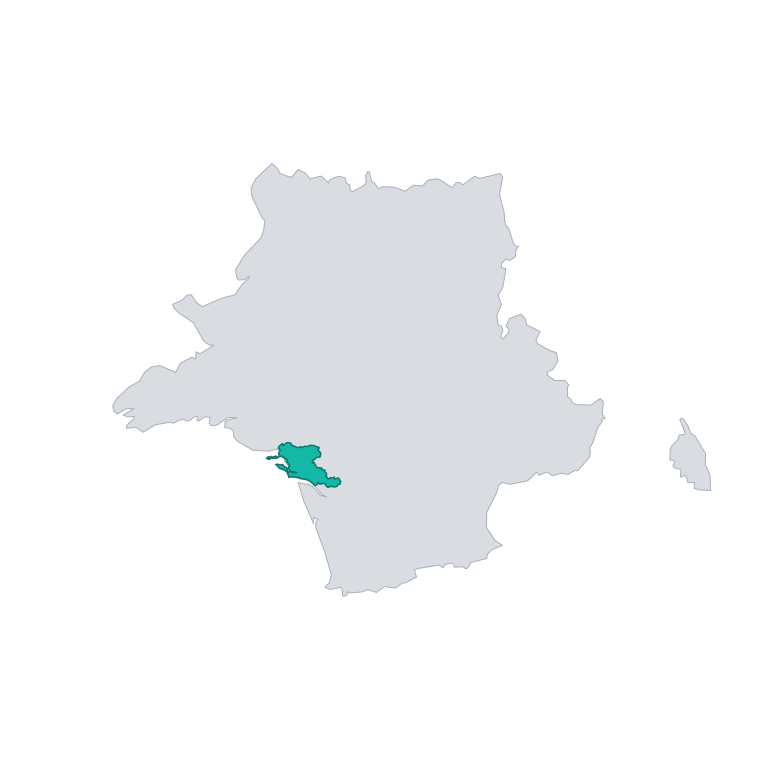 Charente-Maritime highlighted on a map of France, rotated 332°
{"feature_id": "FRA-5278", "entity_name": "Charente-Maritime", "entity_type": "Metropolitan department", "adm_level": 1, "iso_a3": "FRA", "parent_name": "France", "parent_adm1": "", "projection": "mercator", "projection_center": [-0.827, 45.732], "detail": "fine", "context": "in_parent", "style": "filled", "palette": "teal", "viewbox_px": 768, "rotation_deg": 332, "n_neighbors": 0, "source": "natural_earth", "source_scale": "10m", "svg_char_len": 7653}
<svg xmlns="http://www.w3.org/2000/svg" viewBox="0 0 768 768"><g transform="rotate(332 384 384)"><path d="M567.3,325.5L563.0,327.9L560.4,332.7L557.7,333.8L552.8,333.8L550.4,330.9L544.5,332.8L542.2,335.8L545.7,339.5L534.0,354.8L526.6,358.9L525.0,368.8L516.2,376.1L512.9,383.9L512.7,385.5L514.9,388.0L513.9,393.0L509.5,396.3L509.6,399.5L510.8,400.0L517.6,397.4L520.1,394.4L518.8,390.3L525.6,385.3L537.8,386.6L539.2,393.2L537.7,398.8L546.4,410.9L538.8,416.5L538.3,420.2L546.1,432.3L551.0,437.3L548.4,445.3L540.1,450.5L534.9,450.1L532.6,451.4L532.8,453.9L536.5,461.2L545.4,465.8L546.7,471.3L544.3,473.2L540.1,481.4L541.9,485.5L541.3,487.3L542.2,490.0L544.5,492.8L556.8,499.7L568.0,498.4L569.4,502.4L562.6,513.1L563.0,517.8L559.5,517.9L558.9,519.5L552.0,523.1L540.9,533.8L535.7,536.9L533.6,542.3L530.6,545.3L514.6,551.4L511.6,550.0L503.9,550.2L499.0,546.3L489.7,543.9L486.7,538.3L478.0,537.2L477.6,533.5L465.4,536.9L448.2,531.8L442.2,526.3L437.2,527.7L432.8,532.6L414.4,545.6L407.1,558.9L408.5,574.4L412.7,582.0L401.5,580.9L394.8,583.1L393.0,586.3L377.2,582.5L371.3,585.7L369.7,585.5L367.6,582.3L359.9,578.6L361.1,576.1L360.0,573.8L352.7,572.0L350.1,574.2L347.3,569.7L326.8,562.6L323.5,562.7L322.1,569.7L308.9,569.6L307.0,568.3L298.5,569.7L289.5,563.2L279.4,564.5L273.2,557.7L267.2,557.3L258.7,553.8L254.9,552.0L254.3,550.0L251.9,553.1L248.7,552.4L248.0,551.4L250.0,547.7L250.5,543.3L239.9,540.1L237.1,536.9L237.0,535.2L242.7,533.8L247.9,527.7L252.7,505.5L256.3,479.0L258.9,474.0L262.2,472.6L259.5,469.0L256.3,473.8L258.2,449.2L262.0,430.7L271.0,438.3L273.1,441.6L275.7,452.6L280.7,457.2L277.5,452.8L274.2,438.1L272.2,433.9L258.0,421.6L257.5,418.7L263.8,420.2L261.2,411.0L259.7,391.4L251.1,389.4L237.3,381.1L227.7,365.9L226.6,360.3L229.1,354.3L226.9,350.4L222.9,347.8L226.0,342.6L228.8,342.1L238.8,345.1L230.6,340.2L217.4,341.8L212.1,340.1L211.2,336.5L214.8,331.9L210.3,328.9L202.7,329.6L201.8,328.4L204.0,325.0L202.1,323.8L195.9,325.1L192.4,324.0L189.1,320.2L179.1,319.4L176.9,317.2L163.1,312.7L148.6,313.5L144.6,305.9L135.8,302.2L137.5,299.7L146.3,297.5L148.0,295.3L141.6,292.2L139.3,289.0L151.1,288.3L145.8,284.9L134.3,285.1L132.8,280.5L134.3,275.8L140.9,271.5L157.5,266.9L169.6,266.7L178.1,261.3L186.6,259.8L194.6,262.4L205.5,275.9L214.1,270.0L227.0,270.2L229.6,273.5L233.1,267.4L235.9,271.0L251.7,269.8L248.0,267.4L245.0,261.7L244.4,240.4L236.3,224.9L234.3,219.2L234.8,214.4L244.2,215.3L252.0,213.2L255.8,214.6L256.7,224.7L260.0,230.4L281.7,232.2L294.2,235.3L304.7,229.7L314.6,227.2L315.4,225.8L309.7,226.4L304.5,223.9L303.8,221.3L306.5,213.4L321.6,204.7L343.7,197.3L349.4,192.4L355.9,183.4L354.4,181.1L355.4,156.5L358.7,148.4L367.1,142.6L388.6,136.6L391.3,144.5L391.1,149.0L396.8,155.9L399.6,158.1L409.0,154.3L413.5,160.8L414.9,168.0L426.2,171.0L429.5,180.5L431.5,178.4L438.6,178.8L441.9,179.6L446.5,183.7L445.1,189.4L447.1,192.1L445.2,197.2L446.5,199.4L459.5,199.4L463.4,197.1L465.2,191.9L469.1,188.8L470.6,189.8L468.1,199.4L469.9,201.9L470.8,208.8L475.7,209.3L485.2,214.8L493.3,223.8L503.2,222.3L511.0,227.3L519.1,224.7L526.6,227.5L529.3,230.1L536.4,242.7L541.8,240.1L545.7,241.6L546.9,245.2L561.5,243.1L564.1,246.6L567.1,248.0L585.5,252.7L585.7,257.3L575.1,270.7L570.4,289.5L567.3,296.0L566.2,300.9L567.0,304.1L566.5,309.2L564.2,321.3L565.5,324.8L567.3,325.5ZM632.7,564.2L631.8,571.2L634.3,576.3L635.2,596.3L629.9,606.0L629.0,617.6L622.4,631.4L612.2,625.2L609.1,621.8L611.9,616.6L606.0,613.7L607.4,608.6L606.7,606.0L602.6,605.7L602.3,604.4L605.4,600.4L605.4,598.0L601.4,594.9L600.6,592.1L604.5,589.0L602.7,586.2L600.6,585.5L605.8,576.4L609.4,573.6L617.4,571.1L620.7,567.7L626.0,569.5L626.9,568.6L628.6,554.0L630.4,553.8L632.1,555.8L632.7,564.2ZM258.6,412.0L257.4,416.4L251.9,408.8L251.2,404.6L258.6,412.0Z" fill="#d9dde1" stroke="#a8b0b8" stroke-width="1"/><path d="M275.2,441.2L274.7,439.3L273.5,436.1L272.8,434.7L272.1,433.5L270.4,431.6L265.5,428.0L265.3,427.8L265.2,426.8L265.0,426.6L263.8,426.2L261.9,424.3L260.9,423.9L260.2,423.7L259.6,423.4L259.1,422.9L258.7,422.3L258.1,421.8L256.8,422.1L256.2,421.8L256.8,418.3L256.8,417.7L259.1,416.9L259.8,417.0L262.0,419.6L262.4,419.9L262.9,420.3L265.3,421.4L264.5,420.5L261.4,418.0L260.5,416.9L260.3,416.4L260.2,415.8L260.1,415.1L259.8,414.4L259.5,413.8L259.9,413.6L260.2,413.3L260.4,413.0L260.5,412.8L260.9,412.5L261.5,412.1L261.8,412.1L262.1,412.1L262.3,412.0L262.4,411.4L262.4,410.9L262.2,410.4L261.9,409.9L261.7,409.7L261.9,409.5L262.3,409.1L261.9,408.6L261.5,407.9L261.0,406.3L261.7,406.8L262.3,406.8L262.8,406.4L263.2,405.5L263.2,405.2L262.8,404.8L262.6,404.6L261.9,404.3L261.8,403.9L261.8,403.4L261.5,402.7L261.5,402.2L261.3,402.0L260.9,401.8L260.8,401.7L260.6,401.5L260.3,401.3L260.3,401.1L260.8,400.7L259.9,400.1L259.7,400.0L259.5,399.9L259.5,399.7L259.6,399.4L259.4,399.2L258.8,399.3L258.5,399.2L258.1,399.2L257.8,399.1L257.5,398.8L257.5,398.4L257.7,397.9L258.0,397.4L258.4,397.2L258.2,396.2L258.6,395.6L261.0,394.1L261.3,393.4L261.2,393.0L261.1,392.6L261.0,391.9L260.7,391.4L260.8,391.1L261.5,390.2L262.1,389.8L264.2,389.3L264.9,389.2L265.3,389.1L265.9,388.8L266.2,388.9L266.5,389.3L266.4,389.6L266.2,390.0L265.8,390.5L265.9,390.8L266.3,391.0L266.9,390.9L267.3,390.9L267.7,390.7L268.8,390.5L269.0,390.4L269.5,390.3L270.1,390.2L271.0,390.4L273.4,391.9L273.7,392.7L274.0,393.4L273.9,394.1L273.6,394.8L274.6,395.5L277.6,399.4L278.4,399.9L279.2,400.1L280.7,400.1L281.4,400.5L282.1,401.4L282.8,402.0L284.4,401.8L285.2,401.9L286.9,403.3L289.3,403.3L290.9,403.9L293.7,406.0L295.6,408.4L296.4,408.7L296.9,409.7L296.4,410.4L295.5,410.8L294.7,410.9L294.6,411.2L295.6,414.2L295.6,414.9L295.5,415.7L294.9,416.6L293.9,417.8L292.8,418.5L292.0,418.2L291.3,417.3L290.4,417.1L287.5,418.0L285.5,418.1L284.7,418.4L284.1,419.0L283.9,420.3L285.4,420.2L285.3,421.2L285.5,424.0L285.2,425.7L285.2,426.3L286.4,426.7L289.6,429.1L289.3,429.4L288.9,430.3L288.7,430.6L291.4,432.2L290.7,433.4L290.6,433.8L291.3,435.6L291.0,436.6L290.4,437.4L289.1,438.5L289.9,439.3L290.1,439.8L290.1,440.0L289.9,440.6L290.0,441.4L290.2,441.8L290.6,442.0L291.2,441.7L292.5,441.5L294.9,442.8L296.2,442.8L295.9,444.9L298.7,445.2L299.8,446.0L300.0,447.7L299.5,448.4L299.6,448.6L299.7,449.0L300.0,449.4L299.9,449.7L299.8,450.0L299.5,450.2L298.8,451.3L297.8,451.7L296.9,451.4L296.3,451.4L294.9,452.1L294.3,452.2L293.9,452.2L292.0,451.7L291.6,451.4L291.2,451.1L290.6,450.5L290.2,450.1L289.7,449.9L289.2,449.8L288.1,449.0L287.7,448.9L286.7,449.2L286.4,449.1L286.1,449.0L285.9,448.7L285.4,447.9L285.3,447.6L285.2,447.2L285.1,446.9L285.1,446.6L285.1,446.2L285.2,445.2L285.2,444.8L284.9,444.4L284.5,443.9L283.5,443.2L282.9,442.9L282.5,442.8L282.1,442.8L281.6,442.8L280.8,442.6L280.4,442.4L280.2,442.0L280.1,441.1L280.0,440.7L279.8,440.4L279.5,440.0L279.2,440.0L278.9,440.1L278.7,440.4L278.6,440.7L278.5,441.0L278.3,441.2L278.0,441.4L277.7,441.4L276.4,441.2L275.2,441.2L275.2,441.2ZM257.2,410.0L257.0,410.5L257.4,410.8L258.4,411.4L258.6,411.9L258.7,412.3L258.4,414.4L258.0,415.8L257.5,416.6L256.9,416.3L256.4,414.5L256.1,413.9L255.7,413.2L253.7,410.8L252.9,410.3L252.2,409.4L251.6,408.4L251.8,407.9L251.8,407.4L251.4,406.3L250.7,404.5L251.8,404.6L252.9,405.3L254.0,406.2L254.9,407.1L255.3,407.3L255.7,407.2L256.2,407.1L256.7,407.6L256.8,408.2L256.8,408.8L256.8,409.3L257.2,409.7L257.2,410.0ZM255.0,399.3L254.8,399.1L254.7,399.0L253.1,398.7L249.7,396.5L247.7,396.9L247.2,396.7L245.8,395.0L245.4,394.8L245.4,394.4L247.4,393.9L248.0,394.1L248.3,394.3L248.5,394.5L248.5,394.8L248.2,395.1L247.4,394.8L247.0,394.8L247.7,395.8L248.6,395.8L249.6,395.3L250.4,395.1L250.4,395.5L249.9,395.5L249.9,395.9L250.5,396.1L254.1,396.7L254.9,397.2L255.5,398.0L256.0,399.0L255.6,399.0L255.4,399.1L255.0,399.3Z" fill="#14b8a6" stroke="#0f766e" stroke-width="1.5"/></g></svg>